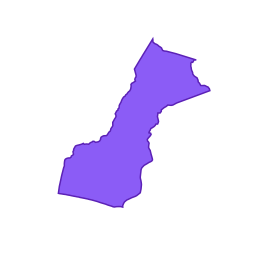 Itaporanga d'Ajuda, Sergipe, Brazil (orthographic projection), rotated 63°
{"feature_id": "56859067B93540245616109", "entity_name": "Itaporanga d'Ajuda", "entity_type": "district", "adm_level": 2, "iso_a3": "BRA", "parent_name": "Brazil", "parent_adm1": "Sergipe", "projection": "orthographic", "projection_center": [-37.32, -11.059], "detail": "fine", "context": "isolated", "style": "filled", "palette": "violet", "viewbox_px": 256, "rotation_deg": 63, "n_neighbors": 0, "source": "geoboundaries", "source_scale": "gbopen_adm2", "svg_char_len": 3087}
<svg xmlns="http://www.w3.org/2000/svg" viewBox="0 0 256 256"><g transform="rotate(63 128 128)"><path d="M191.3,146.5L188.3,144.1L184.7,141.8L183.3,141.2L180.8,140.4L178.7,139.9L177.4,139.4L176.3,138.7L171.0,135.2L169.7,133.7L168.6,130.6L168.4,126.9L168.2,125.0L168.3,123.3L168.2,121.8L167.6,120.7L166.6,120.3L163.8,119.7L161.7,119.3L158.0,118.4L156.1,118.6L154.7,118.5L152.7,117.3L151.1,116.1L149.7,116.1L148.5,116.5L146.9,116.0L146.0,114.2L145.3,112.2L144.3,110.4L142.9,110.2L141.8,111.5L140.8,110.6L140.1,109.3L138.8,107.9L138.8,106.3L138.5,103.9L137.9,102.3L137.2,101.3L137.9,99.8L136.9,98.6L136.0,97.8L134.1,97.3L131.2,96.6L129.4,95.3L128.2,94.6L129.2,92.5L128.3,90.8L126.9,90.0L126.7,88.6L126.4,87.4L126.2,86.1L126.2,84.8L126.0,83.4L125.6,82.2L126.4,80.9L127.4,79.3L127.9,77.6L127.8,73.3L131.9,38.1L130.0,37.7L127.8,38.1L126.8,39.0L125.8,39.7L124.9,40.4L124.0,42.3L123.2,43.9L120.5,44.0L118.8,44.5L117.2,43.9L114.7,43.7L112.0,45.3L110.7,45.6L109.5,45.8L107.7,45.2L105.3,45.1L103.6,44.6L102.5,44.2L101.3,44.0L100.2,43.2L99.0,42.8L98.2,41.6L98.9,40.6L98.2,39.5L97.4,38.2L98.4,36.3L83.5,51.6L78.2,57.6L77.1,58.8L75.9,60.7L74.6,61.9L73.1,61.9L71.9,61.8L70.6,62.4L69.2,63.3L67.8,63.8L66.5,64.5L65.2,65.7L63.2,66.6L62.1,66.6L61.0,65.9L59.9,65.5L68.8,80.1L69.7,81.6L71.0,83.6L72.3,85.8L78.4,95.5L84.9,96.9L86.2,97.8L86.9,99.1L88.1,100.0L89.6,100.1L89.8,102.1L89.9,103.3L89.9,104.5L90.7,105.7L92.0,106.1L93.1,106.9L94.0,107.5L94.9,108.4L95.8,109.8L95.9,110.9L96.5,112.3L97.2,113.5L97.4,114.9L98.3,116.2L98.4,117.8L99.2,119.3L100.1,120.6L101.1,121.8L101.9,122.6L102.5,123.6L103.3,124.8L104.1,125.7L105.2,126.3L106.2,127.1L106.5,128.3L107.6,129.0L107.7,130.4L108.6,131.6L109.6,133.0L110.8,132.9L112.2,133.4L113.1,134.4L114.0,136.1L115.1,137.6L116.0,139.0L117.8,139.9L119.1,140.5L119.8,141.6L120.8,143.5L122.0,144.5L122.8,145.4L123.0,146.8L123.9,148.3L124.7,149.6L125.0,150.7L124.4,152.0L123.9,153.2L123.8,154.6L124.0,156.2L124.8,157.1L125.8,157.7L126.7,159.2L126.8,160.8L126.4,162.2L126.0,163.5L124.7,164.1L123.9,165.2L124.1,166.3L124.0,168.3L124.6,170.4L123.5,172.0L123.0,173.3L122.6,174.4L121.4,174.8L121.4,176.5L121.1,178.1L120.7,179.9L120.3,181.5L120.2,183.0L121.3,184.7L122.2,186.0L123.4,186.7L124.0,187.7L125.4,188.2L126.5,188.4L127.1,189.5L127.2,191.1L128.1,192.0L128.3,193.5L127.7,194.6L127.3,196.0L127.3,197.8L127.9,198.9L129.4,200.0L131.0,201.0L133.0,202.0L134.1,203.3L140.5,208.9L144.0,211.7L145.2,212.7L146.1,213.4L147.3,214.4L148.9,215.7L154.6,219.7L155.6,218.5L156.4,217.3L157.6,215.7L158.3,214.7L159.1,213.5L159.9,212.6L160.6,211.7L161.4,210.6L162.9,208.8L164.4,206.9L165.3,205.7L166.2,204.6L167.1,203.3L168.1,202.3L168.9,201.2L170.1,199.7L170.8,198.8L171.8,197.6L172.8,196.3L174.0,195.0L174.8,194.0L175.8,192.8L177.0,191.5L178.2,190.2L179.6,188.7L182.3,186.1L183.9,184.4L185.8,182.4L187.3,181.1L188.3,180.1L190.4,177.9L191.4,177.1L192.2,176.0L192.8,174.1L193.6,172.3L194.7,170.2L196.1,168.6L194.7,167.9L193.1,166.0L192.3,164.7L191.9,163.1L191.6,161.6L191.7,160.2L191.8,156.1L192.2,152.6L192.2,151.0L191.3,146.5Z" fill="#8b5cf6" stroke="#5b21b6" stroke-width="1.5"/></g></svg>